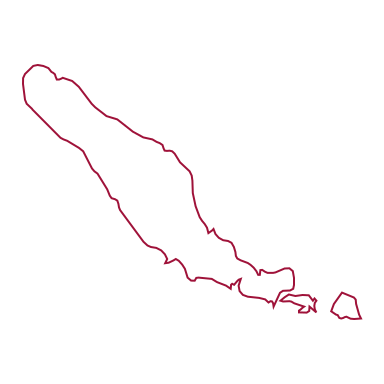 Choiseul, Natural Earth projection
{"feature_id": "SLB-3508", "entity_name": "Choiseul", "entity_type": "Province", "adm_level": 1, "iso_a3": "SLB", "parent_name": "Solomon Islands", "parent_adm1": "", "projection": "natural_earth1", "projection_center": [157.196, -7.037], "detail": "fine", "context": "isolated", "style": "outline", "palette": "rose", "viewbox_px": 384, "rotation_deg": 0, "n_neighbors": 0, "source": "natural_earth", "source_scale": "10m", "svg_char_len": 2264}
<svg xmlns="http://www.w3.org/2000/svg" viewBox="0 0 384 384"><path d="M294.0,277.9L294.0,285.0L293.2,288.8L290.0,290.5L283.0,290.8L280.0,292.8L273.6,306.6L273.1,303.2L272.0,301.4L270.5,301.2L268.5,302.5L265.2,299.4L259.1,297.9L247.8,296.7L242.9,294.9L239.6,291.1L238.6,285.7L240.8,278.9L238.7,279.7L237.2,281.1L234.1,284.8L232.2,283.8L231.1,284.7L230.7,288.8L226.0,285.6L217.0,282.1L211.8,278.9L198.5,277.6L196.3,277.9L194.7,280.7L191.1,280.6L187.6,277.6L184.9,268.8L182.2,264.6L178.8,260.8L175.8,259.0L173.5,260.4L168.7,262.7L165.2,263.2L167.2,259.0L164.9,254.3L161.2,250.4L156.3,247.9L150.9,247.0L147.5,245.5L143.5,241.8L120.1,210.1L119.0,207.4L118.4,203.8L117.3,200.6L115.0,199.2L111.6,198.2L109.8,195.7L107.2,189.3L97.5,173.6L94.4,171.3L92.0,168.5L83.2,151.3L79.1,148.0L67.2,140.8L63.5,139.4L60.5,137.8L32.6,109.7L31.9,108.7L26.7,103.8L25.0,99.7L23.0,83.9L23.1,78.1L25.0,74.0L33.3,65.9L37.6,65.0L43.4,66.0L48.4,68.1L51.4,71.9L53.1,72.8L54.9,74.3L55.7,76.9L56.8,79.5L59.2,79.5L61.6,78.5L62.7,77.8L72.2,81.0L78.8,86.8L91.7,103.8L95.2,107.3L106.5,116.1L117.3,119.4L132.9,131.7L143.3,137.4L152.4,139.4L156.6,141.9L159.7,143.1L162.5,145.0L163.6,148.4L164.6,150.6L166.9,150.9L169.7,150.7L172.2,151.3L174.7,153.7L180.0,162.3L189.6,171.3L191.7,175.6L192.4,180.6L192.8,193.1L195.6,206.2L199.7,217.2L202.1,220.9L204.7,224.0L207.0,227.7L208.4,233.1L212.2,230.4L213.5,229.0L215.5,234.1L218.8,237.8L223.1,240.2L228.1,241.0L231.5,242.8L233.9,247.0L235.4,252.0L235.9,256.0L237.3,258.5L240.6,260.3L247.8,263.0L250.6,264.9L253.7,267.7L256.4,271.2L258.2,274.9L259.8,274.9L260.4,270.1L262.2,269.9L264.9,271.7L267.6,272.9L273.0,272.9L275.5,272.4L284.6,268.5L289.4,268.3L292.8,271.1L294.0,277.9ZM355.7,299.6L356.1,303.9L359.1,314.6L361.0,318.5L354.2,319.0L350.6,318.7L346.4,316.7L344.8,317.1L343.1,318.0L341.2,318.5L339.3,317.9L337.7,315.1L336.0,314.6L331.2,311.3L333.9,304.0L342.0,292.6L353.9,297.5L355.7,299.6ZM314.5,298.5L316.4,300.7L314.8,302.9L314.3,305.9L314.8,309.3L316.3,312.4L309.5,306.6L309.2,311.0L306.7,312.6L299.0,312.4L299.0,310.6L300.5,309.6L302.7,307.6L304.1,306.6L294.2,303.3L291.4,301.6L289.4,301.2L283.1,301.5L280.5,300.7L284.6,297.3L288.9,294.5L295.4,296.0L302.5,295.0L308.8,295.3L312.9,300.7L314.5,298.5Z" fill="none" stroke="#9f1239" stroke-width="2"/></svg>